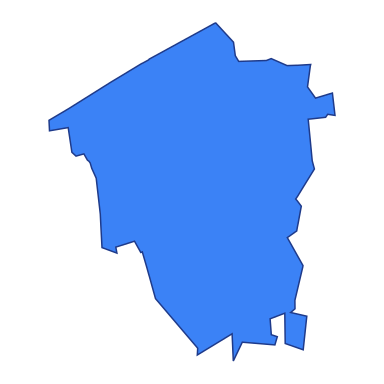 outline of Baviácora, Sonora, Mexico
{"feature_id": "50627088B77359146514236", "entity_name": "Baviácora", "entity_type": "district", "adm_level": 2, "iso_a3": "MEX", "parent_name": "Mexico", "parent_adm1": "Sonora", "projection": "natural_earth1", "projection_center": [-110.101, 29.614], "detail": "fine", "context": "isolated", "style": "filled", "palette": "blue", "viewbox_px": 384, "rotation_deg": 0, "n_neighbors": 0, "source": "geoboundaries", "source_scale": "gbopen_adm2", "svg_char_len": 1164}
<svg xmlns="http://www.w3.org/2000/svg" viewBox="0 0 384 384"><path d="M287.1,65.6L271.2,58.6L266.4,60.5L238.7,61.4L235.3,55.7L233.5,42.2L215.8,23.0L214.6,23.3L153.8,56.6L149.4,59.0L149.2,59.1L148.6,59.9L143.1,62.9L141.4,63.7L110.8,82.2L68.4,108.8L49.0,120.3L49.5,130.8L68.2,127.6L71.9,152.3L76.0,156.1L83.9,153.9L87.4,160.1L89.0,161.3L90.2,163.0L91.7,168.2L96.2,178.2L98.9,201.8L100.3,214.2L100.9,226.5L102.0,247.6L116.9,253.1L115.8,247.1L134.5,241.2L140.8,252.5L142.3,251.9L147.0,268.1L149.0,275.3L149.1,275.5L155.5,298.6L155.8,299.0L156.5,299.8L197.7,348.2L197.3,355.0L232.1,333.8L233.3,361.0L242.3,342.2L274.9,344.9L277.3,336.7L271.3,334.7L270.1,318.8L284.8,313.2L285.2,343.5L303.2,349.8L306.4,319.9L306.8,316.2L290.7,312.5L295.0,308.8L294.9,300.3L302.8,266.9L302.9,266.1L303.0,265.6L287.3,237.6L295.5,231.8L296.7,231.0L297.4,227.0L298.1,223.5L301.3,206.2L297.4,201.0L295.7,199.0L297.4,196.6L303.4,186.8L314.4,169.0L312.8,163.0L312.2,160.6L310.4,141.8L308.2,119.2L312.2,118.8L325.6,117.3L327.7,114.3L335.0,115.4L332.4,93.0L315.5,98.1L307.5,86.9L310.3,66.1L310.7,64.5L297.4,65.3L295.9,65.3L287.1,65.6Z" fill="#3b82f6" stroke="#1e3a8a" stroke-width="1.5"/></svg>